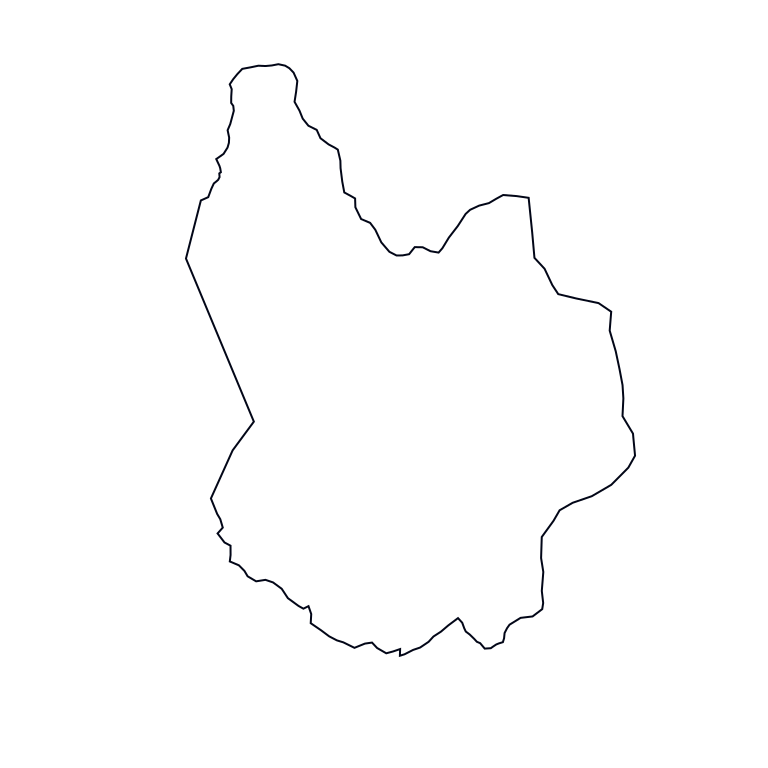 Ulu Selangor, Selangor, Malaysia, rotated 23°
{"feature_id": "92858781B525446054982", "entity_name": "Ulu Selangor", "entity_type": "district", "adm_level": 2, "iso_a3": "MYS", "parent_name": "Malaysia", "parent_adm1": "Selangor", "projection": "orthographic", "projection_center": [101.562, 3.564], "detail": "fine", "context": "isolated", "style": "outline", "palette": "ink", "viewbox_px": 768, "rotation_deg": 23, "n_neighbors": 0, "source": "geoboundaries", "source_scale": "gbopen_adm2", "svg_char_len": 2217}
<svg xmlns="http://www.w3.org/2000/svg" viewBox="0 0 768 768"><g transform="rotate(23 384 384)"><path d="M141.7,242.5L147.3,247.5L149.0,249.5L151.1,252.8L150.1,254.5L151.8,257.8L151.6,260.8L150.6,262.9L149.0,265.9L148.8,271.7L149.2,280.7L143.7,286.6L152.7,345.9L278.9,469.5L270.6,504.2L269.4,557.0L281.2,568.8L286.1,572.4L291.7,579.2L289.2,586.6L299.1,592.2L305.9,592.8L309.6,601.4L311.4,607.6L321.3,607.6L328.6,610.6L333.6,614.3L343.4,615.6L351.4,610.6L359.4,610.0L369.9,612.5L379.2,618.7L392.1,621.7L397.6,622.3L401.3,618.0L406.9,624.2L410.0,632.8L422.3,635.3L432.1,637.7L440.8,638.4L447.5,637.7L459.9,638.4L467.9,630.4L474.0,626.7L480.8,629.7L491.3,631.0L496.8,626.7L502.4,621.7L504.8,627.9L508.5,624.8L514.7,617.4L520.2,612.5L525.8,603.9L528.2,597.1L533.2,589.7L537.5,581.1L543.6,570.6L549.3,573.2L553.3,577.5L556.0,579.9L560.8,581.1L566.7,583.4L570.2,585.0L573.8,585.0L580.1,588.2L585.1,585.7L585.6,585.4L586.8,583.4L589.1,579.9L591.1,577.9L594.3,575.2L593.9,571.2L592.3,566.1L592.7,560.6L593.6,556.5L601.1,545.9L611.6,539.9L617.6,529.4L616.1,523.4L610.1,512.8L604.1,494.8L596.6,482.8L589.0,463.2L593.5,443.7L595.0,431.6L604.1,419.6L619.1,406.1L632.6,388.0L641.6,365.5L643.1,351.9L634.4,335.8L632.6,332.4L616.1,320.4L610.0,303.8L604.0,291.8L595.0,278.3L584.5,263.3L570.9,246.7L564.9,228.7L549.9,225.7L527.3,230.2L509.3,233.2L500.3,227.2L486.8,215.2L473.2,209.1L461.2,186.6L444.4,156.1L432.7,159.2L419.8,163.5L414.9,169.7L409.9,176.5L401.9,182.6L395.2,190.0L392.7,195.5L390.2,209.7L386.5,223.9L384.7,236.2L382.9,241.7L374.9,243.6L366.2,243.0L358.8,246.0L356.4,254.7L350.8,258.4L345.3,260.8L337.3,260.2L326.2,254.7L315.7,245.4L308.3,241.1L298.5,241.1L288.6,232.5L284.9,224.5L280.0,223.9L272.6,223.2L266.5,214.0L259.7,202.3L256.6,195.5L249.9,186.3L246.2,185.7L239.4,185.1L229.5,182.6L222.8,176.4L213.5,175.8L205.5,171.5L199.4,165.4L191.4,159.2L188.9,149.3L185.8,138.9L179.1,132.7L173.5,130.3L168.6,129.6L161.8,130.9L156.3,134.6L150.7,137.6L144.0,140.1L137.8,144.4L130.4,149.3L127.9,156.1L126.1,162.3L124.9,168.4L128.6,172.1L131.0,178.9L133.5,185.0L136.6,186.9L139.0,191.2L140.9,204.8L140.9,211.5L145.2,217.7L147.0,222.6L147.6,227.5L146.4,234.9L141.7,242.5Z" fill="none" stroke="#020617" stroke-width="2"/></g></svg>